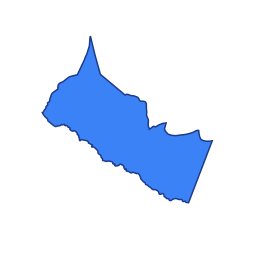 La Encarnacion, Ocotepeque, Honduras, rotated 233°
{"feature_id": "27666195B87189366820588", "entity_name": "La Encarnacion", "entity_type": "district", "adm_level": 2, "iso_a3": "HND", "parent_name": "Honduras", "parent_adm1": "Ocotepeque", "projection": "natural_earth1", "projection_center": [-89.053, 14.662], "detail": "fine", "context": "isolated", "style": "filled", "palette": "blue", "viewbox_px": 256, "rotation_deg": 233, "n_neighbors": 0, "source": "geoboundaries", "source_scale": "gbopen_adm2", "svg_char_len": 5653}
<svg xmlns="http://www.w3.org/2000/svg" viewBox="0 0 256 256"><g transform="rotate(233 128 128)"><path d="M191.9,68.9L190.3,68.6L189.5,68.5L188.9,68.5L186.4,68.6L184.6,69.0L183.8,69.1L183.4,69.0L183.1,68.9L182.2,68.5L181.9,68.4L181.6,68.4L179.2,69.0L175.5,69.9L174.3,70.3L173.2,70.7L172.8,71.0L172.6,71.2L172.5,71.4L172.3,72.2L172.1,72.8L171.7,73.5L171.1,74.4L170.8,75.0L170.7,75.5L170.9,76.3L170.8,76.7L170.6,76.9L170.1,77.3L169.8,77.7L169.6,78.1L169.4,78.9L169.3,79.1L169.1,79.3L168.8,79.4L168.2,79.2L167.8,79.2L167.5,79.4L167.3,79.6L167.2,79.8L167.0,80.4L166.8,80.6L166.6,80.7L166.4,80.8L166.1,80.9L165.3,80.7L164.7,80.7L164.2,80.9L163.7,81.5L163.3,81.6L163.0,81.6L162.7,81.5L162.6,81.4L162.2,81.0L161.9,80.8L161.1,80.8L160.4,81.0L159.6,81.4L159.1,81.7L158.8,82.0L158.5,82.5L158.2,83.2L158.0,83.6L157.4,83.9L156.8,84.1L155.4,84.3L154.6,84.4L154.3,84.3L153.9,83.9L153.7,83.8L153.4,83.7L153.2,83.6L152.8,83.7L152.4,84.0L152.2,84.1L151.8,84.1L151.6,84.0L151.3,83.9L150.9,83.5L150.6,83.3L150.1,83.1L149.4,83.1L149.2,83.1L148.9,82.9L148.4,82.4L148.0,82.2L147.5,82.0L147.1,81.9L146.8,82.0L146.7,82.2L146.7,82.3L146.6,82.6L146.8,83.1L146.9,83.4L146.8,83.7L146.6,84.0L143.4,86.8L142.7,87.3L141.9,87.8L141.1,88.0L140.9,88.0L140.7,87.9L140.2,87.5L140.0,87.4L139.8,87.4L138.1,88.2L136.7,89.0L136.1,89.3L135.8,89.2L135.5,89.0L135.4,88.7L135.4,88.3L135.3,88.0L135.1,87.8L134.8,87.7L134.6,87.7L134.3,87.9L134.2,88.2L134.1,88.6L134.0,88.8L133.9,89.0L133.7,89.1L132.6,89.5L131.3,89.7L129.6,90.0L128.6,90.1L128.2,90.1L127.7,90.0L127.3,89.8L126.6,89.3L126.1,89.1L125.7,89.0L125.2,89.0L124.8,89.1L124.3,89.2L123.5,89.6L123.1,89.7L122.7,89.7L122.3,89.7L122.0,89.6L121.1,89.1L120.7,89.0L120.2,89.0L119.3,89.1L118.8,89.1L118.3,88.9L117.7,88.4L117.2,88.4L116.8,88.7L114.3,90.6L114.1,90.9L114.0,91.5L113.8,91.9L113.3,92.5L112.6,93.3L111.9,93.9L111.3,94.4L110.7,94.8L110.2,95.0L109.8,95.1L109.6,95.0L109.2,94.7L108.9,94.5L108.7,94.5L108.4,94.5L108.1,94.6L107.9,94.8L107.8,95.0L107.7,95.3L107.6,95.5L107.4,95.6L107.2,95.7L106.8,95.6L106.7,95.4L106.5,95.1L106.3,94.9L106.0,94.9L105.7,94.9L105.4,95.0L105.1,95.4L104.5,96.2L104.2,96.8L103.9,97.6L103.8,98.1L103.7,98.6L103.8,99.0L103.9,99.6L103.9,99.8L103.7,100.2L103.5,100.5L103.2,100.6L102.8,100.7L102.5,100.8L102.1,101.0L101.8,101.5L101.6,101.6L101.4,101.6L100.3,101.5L99.7,101.4L99.0,101.1L98.0,100.7L97.6,100.6L97.3,100.6L97.0,100.6L96.8,100.7L96.8,100.9L96.7,101.3L96.6,101.5L96.3,101.8L96.0,101.8L95.8,101.7L95.6,101.6L95.4,101.1L95.2,100.9L94.9,100.8L94.6,100.9L94.1,101.2L93.3,102.0L92.7,102.4L92.0,102.7L91.0,103.0L90.6,103.2L90.3,103.4L90.1,103.7L90.0,103.9L89.9,104.3L89.9,104.9L89.8,105.1L89.6,105.3L89.4,105.5L86.5,107.4L86.2,107.6L86.1,108.2L86.0,108.4L85.8,108.6L85.5,108.7L85.0,108.8L84.3,108.9L83.7,108.8L82.7,108.7L81.1,108.3L80.6,108.1L79.8,107.7L79.2,107.6L78.9,107.7L78.1,107.8L77.5,107.9L75.9,107.9L75.5,108.0L74.9,108.4L74.3,108.6L73.7,108.5L73.1,108.3L72.8,108.2L72.5,108.2L72.2,108.2L71.7,108.4L71.0,109.0L70.5,109.2L70.0,109.3L69.2,109.3L68.9,109.4L68.4,109.6L67.4,110.0L66.8,110.2L66.2,110.3L65.0,110.4L64.2,110.6L63.8,110.9L63.5,111.1L63.3,111.4L62.8,112.2L62.3,112.7L61.5,113.2L60.5,113.7L59.4,114.0L58.8,114.0L58.3,113.9L57.6,113.5L57.2,113.4L56.6,113.3L56.1,113.4L55.7,113.7L55.6,114.0L55.4,114.2L55.3,114.6L55.3,115.4L55.1,115.8L54.8,116.2L54.4,116.4L53.6,116.6L53.3,116.6L53.0,116.5L52.5,116.3L51.9,115.8L51.7,115.7L51.4,115.7L51.0,115.8L50.5,116.2L50.0,116.3L49.5,116.4L48.8,116.3L48.4,116.4L48.1,116.6L47.8,117.1L47.5,117.4L47.2,117.6L46.9,117.7L46.6,117.8L46.3,117.8L45.7,117.6L45.2,117.6L44.6,118.0L44.4,118.4L44.2,119.0L44.2,119.9L44.1,120.7L43.8,121.9L43.7,122.4L43.4,122.9L43.2,123.3L42.9,123.7L42.0,124.5L40.7,125.3L40.2,125.8L39.7,126.3L39.0,127.3L38.6,127.7L38.3,127.9L37.9,127.9L37.7,127.9L37.2,127.7L36.9,127.6L36.6,127.6L36.2,127.7L36.0,127.9L35.8,128.2L35.7,128.5L35.6,129.0L35.4,129.4L35.2,129.5L34.9,129.5L34.2,129.4L34.0,129.5L33.7,129.6L33.2,130.0L32.5,130.8L31.9,131.4L67.1,187.6L68.0,185.8L69.2,184.0L70.1,182.9L72.2,180.8L74.9,179.4L77.3,179.8L79.7,180.8L81.7,181.9L83.5,183.0L84.2,182.2L84.8,181.1L85.0,179.8L85.3,177.7L85.9,175.6L86.7,173.6L87.2,172.3L88.1,170.4L89.3,168.1L90.8,165.8L92.1,163.3L93.4,161.2L94.5,159.9L96.3,158.1L98.8,156.4L101.2,156.0L103.2,156.1L105.2,156.4L109.1,161.5L111.0,157.9L111.3,156.5L111.8,154.8L112.0,153.4L112.1,152.0L112.3,150.9L113.0,150.2L114.0,149.3L114.2,148.2L114.0,147.0L114.2,144.3L114.9,144.7L116.5,145.1L117.6,145.5L118.7,146.3L120.2,147.6L121.8,148.9L123.3,149.5L125.8,150.0L127.5,150.8L129.3,152.5L132.3,154.3L136.6,157.4L138.3,157.6L139.6,156.9L140.2,156.2L140.9,155.4L142.0,154.1L143.4,153.8L144.5,154.2L146.0,154.3L147.5,153.8L148.6,153.0L149.7,152.4L150.6,151.5L151.7,150.3L152.7,149.4L154.4,148.5L155.8,147.2L156.1,145.5L187.5,138.2L206.5,145.7L224.1,153.3L223.3,152.3L222.6,151.6L219.1,148.6L216.9,146.6L216.4,146.0L214.4,143.2L212.0,139.9L211.6,139.3L210.7,137.4L210.0,136.1L208.7,134.2L201.0,119.6L202.4,116.5L203.9,112.7L204.1,111.9L204.2,110.4L204.2,108.4L204.1,105.5L204.0,104.5L204.1,103.9L204.2,103.2L204.7,101.8L204.8,101.2L204.9,100.3L204.8,99.4L204.5,98.5L204.4,98.2L204.2,98.0L202.7,96.5L202.2,96.0L201.6,95.7L201.4,95.5L201.3,95.2L201.3,94.8L201.4,92.6L201.4,88.8L201.4,88.4L201.3,88.1L201.0,87.5L200.7,86.9L198.0,82.8L197.7,82.4L196.9,81.9L196.5,81.4L196.4,81.1L196.4,80.8L196.4,80.6L196.5,80.1L196.5,79.8L196.5,79.4L196.4,79.1L196.3,78.8L196.0,78.5L195.7,78.3L195.2,78.1L194.9,77.7L194.7,77.4L194.6,77.1L194.6,76.8L194.6,76.0L194.5,75.7L194.4,75.4L194.0,74.9L193.3,74.3L193.1,73.9L192.9,73.5L192.8,72.4L192.5,71.6L192.1,70.8L191.6,69.8L191.9,68.9Z" fill="#3b82f6" stroke="#1e3a8a" stroke-width="1.5"/></g></svg>